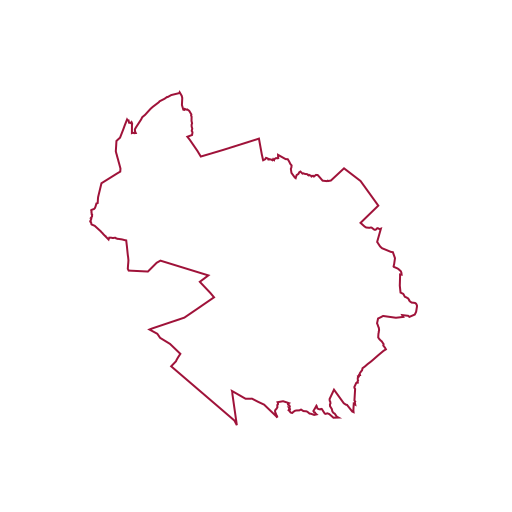 Tolimán, Querétaro, Mexico (Equal Earth projection), rotated 148°
{"feature_id": "50627088B20666054453423", "entity_name": "Tolimán", "entity_type": "district", "adm_level": 2, "iso_a3": "MEX", "parent_name": "Mexico", "parent_adm1": "Querétaro", "projection": "equal_earth", "projection_center": [-99.936, 20.913], "detail": "fine", "context": "isolated", "style": "outline", "palette": "rose", "viewbox_px": 512, "rotation_deg": 148, "n_neighbors": 0, "source": "geoboundaries", "source_scale": "gbopen_adm2", "svg_char_len": 5969}
<svg xmlns="http://www.w3.org/2000/svg" viewBox="0 0 512 512"><g transform="rotate(148 256 256)"><path d="M125.6,233.9L127.6,264.2L134.9,283.7L152.5,280.3L155.0,281.3L155.3,281.9L156.2,281.9L159.6,284.6L160.3,289.2L160.8,292.0L162.2,293.0L164.8,292.7L165.1,293.8L165.7,294.0L166.8,294.0L166.8,294.7L167.1,295.4L167.6,295.8L167.9,296.5L168.7,296.5L169.0,297.1L169.0,297.9L169.6,298.6L170.5,299.2L171.3,300.0L172.0,301.0L172.9,301.2L173.6,304.1L174.9,304.1L176.6,303.1L178.6,303.1L179.4,302.5L181.1,301.0L181.5,302.0L181.9,307.7L180.3,311.4L179.0,312.4L177.8,314.0L178.1,315.8L177.8,318.7L177.8,321.3L179.5,322.4L183.7,330.1L184.9,328.0L185.3,327.2L186.1,327.5L187.1,328.4L189.5,328.4L189.9,327.8L190.3,328.5L190.3,329.0L191.3,328.5L191.9,329.6L193.4,331.1L193.8,330.9L194.4,331.3L194.2,332.1L194.9,333.2L195.5,333.9L196.9,333.2L199.2,333.4L199.1,333.8L197.2,339.2L192.7,350.5L191.3,354.0L194.2,354.7L198.0,355.7L227.4,363.3L244.0,367.9L250.1,369.6L250.0,376.3L250.6,389.8L251.0,393.5L246.1,392.5L244.5,394.3L244.2,395.1L244.2,396.2L242.6,397.7L242.0,399.8L241.1,401.4L239.9,402.4L239.1,404.7L237.5,407.2L236.8,408.2L236.6,409.5L235.8,410.3L235.7,414.5L236.7,416.8L237.7,417.1L238.5,418.6L239.2,418.6L239.6,418.1L240.1,418.6L238.8,423.3L234.8,429.1L234.6,429.7L234.1,431.2L234.0,435.3L234.7,434.8L242.6,437.4L246.7,437.6L247.1,438.0L250.2,437.8L253.6,438.1L255.9,438.3L256.8,437.9L257.8,437.8L264.5,437.2L265.7,437.0L267.4,436.7L271.7,435.5L275.2,434.5L278.9,434.0L281.0,432.7L289.6,428.7L291.6,427.6L292.6,425.7L292.8,424.0L294.2,424.7L295.0,425.7L296.1,426.0L292.1,432.3L290.9,433.9L290.8,434.4L291.3,434.2L291.0,435.4L291.7,435.1L292.8,436.2L293.0,436.3L292.8,437.0L292.6,437.5L292.2,438.6L293.0,439.3L293.0,440.1L298.3,436.2L299.8,435.0L302.0,433.3L308.6,428.4L310.9,428.0L313.4,427.5L316.3,423.4L319.4,419.1L319.5,418.8L320.1,417.0L320.5,415.5L321.0,414.0L321.0,413.9L321.5,412.3L321.8,411.1L322.4,409.3L323.0,407.2L324.6,402.0L324.8,401.7L326.4,399.5L329.9,399.6L348.5,399.6L358.4,389.9L358.7,389.6L359.7,388.3L359.9,388.0L362.0,385.1L362.2,384.8L362.9,384.9L363.5,385.1L366.0,382.9L366.7,382.4L367.5,381.9L368.5,381.7L369.8,382.0L371.3,382.3L371.6,382.0L371.8,381.5L371.8,381.3L371.9,380.9L372.0,380.7L372.5,380.1L372.5,379.8L373.2,378.6L373.0,378.2L373.1,377.7L373.7,377.1L374.1,376.4L375.7,375.8L375.4,375.5L376.2,374.6L377.2,373.9L377.9,373.5L377.7,373.1L377.9,372.7L378.3,372.6L378.2,371.4L378.7,370.4L378.7,369.8L376.8,367.1L374.5,358.9L374.5,358.3L374.0,356.4L374.0,355.8L373.4,353.1L373.2,352.8L373.3,352.7L372.3,348.2L372.2,348.3L371.2,348.8L370.8,349.2L370.7,349.3L369.6,348.6L368.8,348.0L368.5,347.7L368.4,347.6L368.2,347.3L367.5,346.9L367.4,346.8L366.6,346.6L365.5,345.9L365.3,345.0L364.9,344.6L364.3,344.0L364.3,343.9L363.6,343.4L363.1,343.0L363.0,342.9L361.1,341.3L360.0,340.2L359.3,339.4L359.0,339.1L357.8,338.0L359.8,333.8L360.5,332.3L360.9,331.5L363.7,325.8L364.5,324.1L364.6,323.8L365.3,322.3L366.5,319.9L366.8,319.5L368.3,317.4L368.5,317.2L371.5,313.1L371.7,311.1L355.9,300.1L343.8,302.9L339.5,302.7L306.7,264.8L311.3,264.4L317.3,263.9L317.1,262.7L314.3,248.9L313.5,243.2L318.3,243.0L336.7,242.2L349.4,241.7L380.4,249.1L382.1,249.5L384.1,249.9L385.3,250.1L380.9,242.3L380.7,237.4L375.5,227.0L372.0,213.1L375.3,211.6L378.2,210.1L379.7,209.1L386.4,207.4L381.1,190.5L366.9,145.2L361.5,127.9L361.9,122.7L349.1,151.6L348.3,152.9L347.9,154.2L347.1,152.8L341.8,142.9L340.5,140.5L335.0,137.1L334.2,135.8L331.6,131.4L328.7,126.9L327.9,125.7L323.7,109.0L323.7,108.5L323.2,108.5L323.0,109.3L323.0,110.3L322.6,112.4L322.4,113.7L321.7,114.8L320.8,115.3L319.5,115.6L317.9,116.5L317.5,117.4L316.8,118.4L315.8,118.7L315.4,119.5L315.2,120.6L314.2,120.2L310.0,118.5L307.7,115.8L306.1,113.8L307.1,113.8L307.5,113.3L307.5,112.6L306.9,111.7L307.1,110.4L307.9,109.7L308.4,110.1L308.3,108.1L308.8,107.8L309.2,108.6L309.6,108.3L309.6,107.6L310.0,107.6L309.6,106.3L309.7,105.5L309.5,104.8L308.5,103.7L306.9,104.0L305.1,104.1L303.8,103.7L301.0,102.1L299.2,101.9L298.0,99.4L295.5,97.5L294.9,96.5L294.1,94.0L293.0,93.1L290.9,90.4L288.6,89.6L289.0,91.0L288.9,92.0L289.5,92.5L289.5,94.1L286.8,95.5L284.1,97.0L284.1,96.3L284.5,95.7L284.5,95.2L284.7,94.1L284.1,93.1L282.9,91.9L282.0,91.9L281.6,91.7L281.3,91.4L281.2,86.0L280.6,85.2L278.9,84.8L277.6,83.1L276.0,77.8L271.7,75.3L272.6,76.9L272.7,78.9L272.8,80.6L273.5,82.0L273.6,83.7L272.8,86.1L272.8,89.4L271.9,91.0L271.0,91.5L270.3,92.9L270.2,94.2L269.4,95.7L260.7,101.3L259.6,84.6L258.5,82.2L257.7,81.5L257.6,80.4L256.8,73.1L256.0,71.9L255.1,73.7L251.4,78.9L250.6,77.4L249.8,79.5L249.0,80.0L249.1,81.3L242.4,90.7L242.4,92.0L242.0,92.8L238.3,95.2L236.8,94.7L236.6,95.7L235.5,96.2L235.4,96.8L234.4,98.6L233.7,98.9L233.3,99.9L232.5,99.4L231.8,100.4L230.9,99.9L230.6,101.0L230.2,101.5L227.6,102.6L226.7,102.8L225.1,104.4L222.2,104.6L218.5,105.2L215.0,105.5L212.7,105.8L205.4,107.0L198.2,108.0L195.3,108.0L195.2,109.8L195.5,112.6L194.5,113.6L194.6,117.0L195.1,118.4L195.5,120.6L195.5,122.2L193.3,125.3L192.5,126.0L192.1,126.7L191.4,127.3L190.8,128.1L189.9,130.0L189.7,131.4L189.3,133.0L189.0,134.8L185.6,138.3L183.0,138.0L180.0,137.8L170.1,129.5L163.4,126.3L163.3,128.4L158.6,124.6L158.2,123.1L152.4,122.2L149.8,123.8L146.3,127.8L145.7,128.8L145.5,130.7L146.0,131.9L147.2,132.9L148.6,133.9L149.3,135.3L149.7,137.1L149.4,137.6L149.5,139.5L149.9,140.0L150.3,141.1L151.2,142.2L151.4,142.8L151.3,143.7L151.2,145.1L151.2,145.5L151.3,146.0L152.8,148.4L149.8,154.6L144.8,162.1L143.6,164.0L142.4,163.0L141.6,164.7L141.3,166.1L141.4,167.0L141.7,167.8L142.1,169.4L142.7,170.6L144.9,173.8L144.9,174.2L143.0,176.1L139.3,180.5L137.9,186.7L139.5,188.1L142.4,192.2L145.0,195.8L145.5,197.6L145.6,198.0L145.7,198.6L145.8,203.7L145.2,204.3L135.6,213.0L137.0,213.3L137.7,214.6L138.0,215.1L139.0,215.3L139.8,214.9L140.9,215.0L141.3,215.2L141.6,215.5L141.8,215.8L142.4,217.4L142.8,218.5L143.0,218.9L143.7,219.4L144.9,219.8L147.5,221.8L148.3,223.5L148.9,225.6L149.8,228.7L141.9,230.4L125.6,233.9Z" fill="none" stroke="#9f1239" stroke-width="2"/></g></svg>